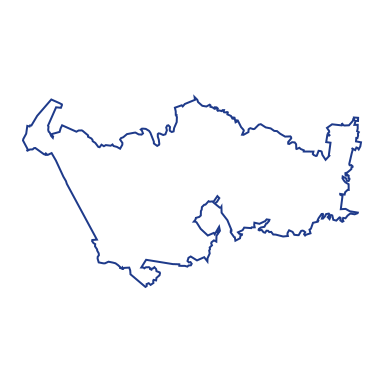 Naranjos Amatlán, Veracruz, Mexico
{"feature_id": "50627088B32866858963160", "entity_name": "Naranjos Amatlán", "entity_type": "district", "adm_level": 2, "iso_a3": "MEX", "parent_name": "Mexico", "parent_adm1": "Veracruz", "projection": "albers", "projection_center": [-97.672, 21.308], "detail": "fine", "context": "isolated", "style": "outline", "palette": "blue", "viewbox_px": 384, "rotation_deg": 0, "n_neighbors": 0, "source": "geoboundaries", "source_scale": "gbopen_adm2", "svg_char_len": 6054}
<svg xmlns="http://www.w3.org/2000/svg" viewBox="0 0 384 384"><path d="M353.9,117.5L354.0,119.9L353.2,119.4L352.8,120.9L349.0,125.3L344.3,125.5L343.2,125.0L341.8,123.1L342.3,124.9L341.8,125.4L332.1,124.3L327.0,127.9L329.1,131.0L329.2,132.0L327.9,133.3L329.5,135.2L329.1,135.6L327.3,135.2L326.2,142.1L330.5,142.7L328.8,155.5L329.3,155.8L325.6,159.8L322.4,154.9L321.6,151.6L320.7,151.1L318.6,150.8L316.8,155.7L316.0,156.0L313.7,155.0L312.8,154.0L313.4,151.6L303.7,151.5L303.8,150.3L300.7,149.0L299.4,147.8L296.7,149.0L296.3,148.8L296.1,144.2L294.7,142.4L292.1,142.2L289.2,144.0L288.2,143.7L288.2,142.0L291.2,138.4L291.1,137.2L290.4,136.4L285.1,136.6L280.1,133.7L277.0,131.1L274.2,130.9L270.7,128.4L265.7,127.4L260.8,124.2L258.7,124.7L254.5,128.9L253.2,129.1L250.4,128.2L249.3,128.7L248.6,129.4L248.4,132.1L243.5,134.8L242.1,134.7L243.8,130.7L243.5,129.8L241.1,127.1L237.8,120.5L236.6,120.3L236.2,120.7L236.5,121.8L235.6,122.3L234.5,117.7L233.2,117.5L233.2,118.7L232.4,118.6L230.9,115.9L227.4,114.4L227.8,112.4L227.0,112.0L226.1,112.4L224.1,112.3L223.6,111.5L224.0,110.1L222.6,110.1L221.6,111.1L219.5,110.5L217.8,110.8L217.3,110.2L217.8,108.5L216.6,107.4L214.8,107.3L214.6,107.8L215.4,108.6L214.5,108.8L212.6,107.4L210.4,106.8L210.5,105.4L209.7,104.7L206.4,106.5L202.3,105.8L198.1,102.1L197.3,99.8L194.6,97.1L195.0,99.8L184.8,104.0L182.7,106.4L181.7,105.3L174.9,107.7L175.7,111.2L175.8,114.9L176.6,115.1L176.4,116.1L176.9,117.0L176.7,122.1L174.1,128.1L173.6,131.4L171.8,132.0L170.1,131.0L169.7,129.9L170.0,127.0L168.4,125.3L167.2,125.6L166.2,127.5L166.9,130.3L165.4,134.3L163.2,135.0L160.1,133.6L158.6,133.4L157.8,134.1L157.8,136.6L158.8,139.7L159.3,143.9L159.1,144.7L157.2,145.9L153.9,143.5L153.8,141.5L150.4,132.8L149.1,130.9L145.8,128.9L143.8,128.7L141.9,128.7L140.8,129.5L141.9,130.6L143.0,133.4L141.6,134.6L138.7,134.4L135.5,132.6L134.3,132.7L127.0,134.1L123.3,137.2L120.9,138.2L120.1,139.6L122.4,142.9L122.3,144.8L120.1,148.7L116.9,146.9L113.5,146.0L112.5,144.5L110.7,145.7L105.8,145.1L103.9,146.2L101.5,144.7L99.6,147.2L98.3,146.9L95.3,142.9L92.7,141.2L92.5,139.9L91.4,138.5L88.0,136.7L88.1,135.4L82.7,130.9L81.8,130.4L78.6,130.5L76.4,131.7L62.1,125.3L60.6,128.4L59.6,131.9L51.7,134.1L51.9,135.3L53.1,136.5L52.8,137.8L51.2,136.0L49.7,132.5L48.7,131.7L48.2,129.9L48.5,126.6L48.0,125.7L56.1,107.3L60.9,107.8L61.9,105.2L61.9,104.4L59.4,103.1L51.3,99.5L37.2,115.8L31.4,125.5L30.1,125.4L29.6,126.5L27.3,125.9L26.2,133.7L23.3,139.0L23.0,140.5L27.8,149.5L26.7,151.0L29.9,149.5L32.6,149.4L34.1,148.1L35.3,148.0L43.9,154.2L45.0,154.3L45.8,153.4L46.4,153.9L46.0,154.9L47.7,154.9L51.6,153.1L55.9,160.5L63.4,176.7L66.0,181.2L66.8,183.8L96.9,239.6L92.3,240.0L92.1,241.1L93.6,243.2L95.2,244.1L95.0,246.3L97.1,249.4L97.2,250.6L98.7,253.3L98.9,255.2L97.7,256.9L97.6,258.6L98.7,262.4L103.2,263.3L105.0,263.3L108.5,261.7L112.9,262.6L115.5,263.3L118.0,265.1L120.1,267.0L120.1,268.0L121.3,268.3L122.2,267.5L122.5,269.0L123.1,269.0L124.0,267.9L129.2,267.6L130.2,270.4L130.5,274.3L145.4,286.9L146.7,286.0L146.6,284.1L148.7,283.2L150.6,284.9L153.4,283.0L153.2,280.8L153.6,279.9L156.1,280.4L156.5,277.8L159.5,275.3L160.0,273.2L159.7,272.4L156.5,271.2L156.1,269.1L154.4,267.2L153.3,268.3L152.1,268.5L151.5,269.7L150.0,269.0L149.9,267.9L149.0,267.2L145.9,267.3L144.3,268.3L143.6,267.6L141.3,267.5L146.1,259.8L172.8,264.1L179.3,264.3L179.3,265.8L184.9,265.9L187.4,266.6L188.5,265.5L190.9,265.3L191.7,263.8L190.5,262.1L188.9,262.4L187.5,261.0L188.5,257.8L190.7,256.5L197.0,260.4L204.2,257.2L207.4,261.4L207.5,258.3L209.7,253.5L209.2,250.5L210.0,249.2L209.7,247.5L212.0,245.3L211.2,243.5L211.5,242.3L213.9,240.4L216.3,241.6L216.5,235.7L218.1,233.6L217.8,232.9L218.6,232.5L218.5,231.8L220.1,231.9L218.2,231.8L218.3,231.0L219.9,230.7L219.1,226.8L214.7,234.3L213.8,232.9L207.8,235.5L200.7,228.9L196.6,222.4L195.4,221.6L193.9,221.6L195.5,219.6L195.9,217.9L199.3,216.9L200.8,215.5L200.9,211.1L201.7,209.6L201.9,207.1L204.2,204.8L205.5,204.6L208.6,201.2L209.7,201.7L212.3,201.4L213.2,202.2L217.4,196.1L219.3,198.1L217.0,201.8L214.7,203.5L219.8,207.7L220.8,207.7L221.4,206.7L221.6,212.7L227.4,220.2L231.5,230.1L231.4,230.9L230.8,230.8L230.7,232.3L234.1,237.1L234.8,237.3L235.4,240.7L240.0,238.3L240.5,235.6L241.8,235.1L242.0,234.3L239.3,233.8L238.0,232.3L242.6,230.2L244.2,227.6L251.2,228.1L251.6,227.4L254.7,227.3L254.2,225.0L254.4,222.7L259.4,223.8L265.2,221.1L266.6,219.4L269.4,219.8L269.1,220.9L267.0,223.4L266.2,223.5L264.4,226.8L260.9,227.5L258.9,228.9L258.6,229.9L259.3,230.4L261.6,229.9L263.5,232.2L265.1,232.7L266.5,230.7L268.1,230.8L269.2,232.1L271.2,231.9L273.2,234.5L275.7,234.6L283.1,236.5L287.9,236.0L287.4,234.1L287.7,232.7L289.1,230.3L292.6,231.9L294.3,234.8L297.1,235.1L298.7,235.1L301.1,231.0L302.3,230.6L303.6,230.9L305.2,232.2L304.1,234.2L305.1,235.5L306.1,234.7L310.5,233.3L309.5,229.6L310.9,228.7L313.0,222.8L317.8,221.7L318.3,220.7L317.6,220.3L318.6,218.2L321.6,214.0L322.8,213.9L323.1,214.7L321.9,218.6L322.9,218.6L324.8,216.6L326.1,214.1L328.8,213.6L329.3,214.2L329.2,215.2L327.7,217.1L329.5,219.1L330.3,217.2L330.0,215.9L330.6,215.2L331.6,215.1L332.3,215.5L333.3,219.8L336.3,220.6L339.5,217.4L340.0,217.5L340.6,218.1L340.3,220.4L342.2,221.8L343.4,221.2L342.7,219.6L343.2,217.9L345.5,218.3L347.6,215.6L349.8,213.9L350.7,213.6L354.7,214.3L357.6,213.2L357.8,212.6L349.9,211.3L345.6,208.9L340.8,209.2L342.5,195.9L340.2,194.6L340.2,193.9L344.6,194.6L345.2,192.2L347.7,189.8L348.7,189.9L348.6,184.2L345.4,182.3L344.0,180.7L342.5,178.3L342.7,176.5L346.0,178.4L347.0,180.8L348.6,181.0L349.5,179.1L349.4,178.5L348.5,178.1L348.7,175.7L346.9,174.4L346.5,174.4L346.5,175.6L345.9,175.6L345.5,175.0L345.4,173.1L347.3,172.5L350.3,170.0L351.3,169.1L351.5,167.5L352.6,166.9L352.6,166.3L351.3,165.1L350.1,165.4L349.4,164.8L349.3,163.7L351.8,153.0L352.7,149.8L353.4,149.5L351.6,148.1L355.2,150.1L356.4,147.5L357.5,147.9L358.7,149.4L360.3,146.4L361.0,142.3L356.0,141.4L356.3,138.0L357.4,138.1L358.1,135.6L357.9,133.7L358.8,132.2L357.1,131.2L357.7,128.6L357.7,124.8L354.4,124.9L355.6,120.8L358.0,121.0L358.1,117.8L353.9,117.5Z" fill="none" stroke="#1e3a8a" stroke-width="2"/></svg>